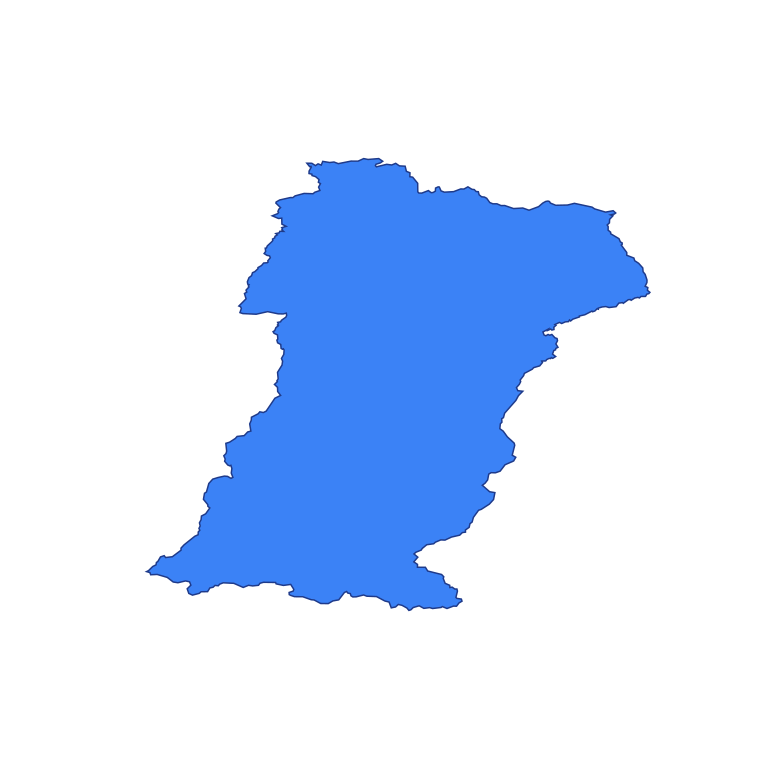 Chaparral, Tolima, Colombia, rotated 253°
{"feature_id": "7082276B10096367300511", "entity_name": "Chaparral", "entity_type": "district", "adm_level": 2, "iso_a3": "COL", "parent_name": "Colombia", "parent_adm1": "Tolima", "projection": "equal_earth", "projection_center": [-75.57, 3.753], "detail": "fine", "context": "isolated", "style": "filled", "palette": "blue", "viewbox_px": 768, "rotation_deg": 253, "n_neighbors": 0, "source": "geoboundaries", "source_scale": "gbopen_adm2", "svg_char_len": 6171}
<svg xmlns="http://www.w3.org/2000/svg" viewBox="0 0 768 768"><g transform="rotate(253 384 384)"><path d="M393.9,665.1L396.6,663.3L399.1,664.5L401.1,662.3L404.2,665.1L406.5,665.9L412.5,665.8L415.6,664.6L419.4,665.4L425.0,662.8L428.6,659.8L431.4,659.8L436.1,653.8L438.8,654.6L447.5,651.5L447.9,652.6L449.3,653.0L450.8,651.6L454.3,651.2L461.4,644.7L462.9,645.1L465.6,643.3L469.0,644.4L470.8,643.9L472.2,646.7L475.5,647.9L477.9,652.1L479.5,650.1L479.2,654.0L479.8,655.6L482.7,653.8L483.6,646.1L489.9,636.6L492.3,634.7L501.1,618.9L501.5,611.8L504.7,600.5L508.4,596.0L510.1,595.6L511.0,594.3L511.3,592.0L510.6,588.7L508.4,583.7L507.8,573.5L511.7,568.2L513.9,559.2L519.4,551.6L520.4,548.1L523.3,544.7L524.5,540.8L526.6,538.2L531.6,536.5L533.4,534.7L534.5,532.1L537.1,530.3L540.3,530.4L541.2,528.3L543.5,527.2L544.5,525.0L548.0,521.9L547.1,517.5L548.1,514.3L547.6,506.8L549.8,497.8L552.0,495.0L556.2,494.5L556.7,493.4L556.3,490.6L553.4,489.5L552.8,486.9L553.2,485.0L556.0,483.0L555.5,476.0L556.4,473.2L557.9,472.5L566.1,474.9L573.4,471.9L574.7,469.3L578.4,470.6L580.8,467.6L586.1,467.9L588.1,462.5L591.6,459.7L591.2,455.4L593.3,450.8L593.9,440.2L595.3,439.6L596.5,440.6L596.5,445.1L597.4,447.9L601.1,444.9L603.4,434.4L605.5,430.5L604.7,424.4L606.8,417.6L608.1,404.7L610.9,401.1L611.7,396.8L614.8,390.5L611.7,388.0L613.8,385.3L612.9,382.3L616.2,379.5L617.7,374.8L613.5,376.5L613.5,377.8L612.7,377.9L609.5,374.6L607.2,373.8L605.7,376.4L604.4,376.1L602.3,379.2L598.5,381.6L596.1,380.2L594.2,381.8L591.4,379.0L587.8,379.3L587.6,373.8L586.7,371.8L589.6,363.3L589.9,354.0L588.9,351.4L589.7,348.8L590.5,338.0L589.6,334.1L588.6,333.5L582.9,336.6L581.9,334.5L580.0,333.0L578.8,333.3L578.0,332.1L577.5,326.3L573.1,331.5L572.5,334.7L566.7,333.1L563.4,336.5L563.4,331.9L562.0,332.3L561.3,331.4L559.3,332.6L560.5,329.0L559.2,327.9L559.5,324.5L557.8,325.6L557.1,322.9L555.7,322.2L555.2,319.8L553.7,319.6L552.8,318.2L550.2,312.8L548.4,311.3L548.6,310.1L545.4,309.6L543.8,307.5L541.2,309.7L540.0,312.0L538.0,312.2L535.8,308.9L534.5,308.8L534.1,307.7L534.9,304.3L533.1,301.5L532.2,297.5L531.1,297.2L529.2,293.3L528.9,290.8L526.3,289.0L525.2,286.0L521.7,283.2L519.3,282.9L518.4,284.0L517.5,282.9L516.3,283.2L514.1,279.5L512.0,279.6L511.3,277.0L505.8,277.0L501.0,268.0L499.8,269.4L498.0,269.7L494.4,267.1L492.6,269.6L488.1,282.2L487.2,293.9L482.1,303.2L480.5,308.0L480.3,311.3L478.1,311.0L476.6,309.7L474.9,304.5L473.7,303.3L474.0,300.3L472.3,300.6L471.6,299.4L470.6,300.0L469.5,297.1L467.0,295.1L466.5,293.2L464.6,293.7L462.1,296.5L458.0,295.6L457.3,294.4L454.5,294.3L452.0,296.8L448.1,296.0L446.9,297.1L447.1,298.0L445.7,298.4L441.6,296.8L438.4,293.4L435.5,293.7L431.9,292.0L426.3,285.6L419.9,284.3L418.3,282.5L417.4,282.7L415.6,279.1L411.9,281.2L407.9,280.1L403.3,281.8L402.3,275.5L392.5,263.4L392.0,260.3L393.7,257.1L392.3,254.9L391.0,247.5L388.2,246.5L385.1,243.9L377.9,242.9L378.0,239.6L375.5,235.2L376.8,228.2L375.4,225.9L373.5,219.2L373.5,215.4L365.8,213.9L363.7,212.6L362.2,209.8L358.7,210.2L356.7,209.0L352.2,210.9L350.8,212.6L351.0,213.8L347.6,213.8L343.5,211.9L338.9,212.2L338.5,210.1L341.4,207.4L342.6,204.4L343.1,197.9L343.1,192.4L340.1,187.4L332.6,182.6L332.0,180.4L326.5,177.6L320.2,180.2L318.5,179.8L316.4,181.2L312.0,175.5L311.1,170.8L307.7,169.4L305.2,166.9L302.0,166.7L300.0,164.8L298.0,165.1L296.8,163.1L294.2,162.2L293.7,158.5L288.6,145.7L286.4,141.9L284.4,141.3L280.7,131.1L281.9,124.4L284.1,123.6L284.0,119.7L280.3,115.7L279.9,114.2L277.7,113.1L277.1,109.5L274.4,104.3L274.0,102.1L272.1,105.0L269.8,105.1L268.2,111.4L262.4,120.2L256.3,124.5L254.2,128.8L253.7,136.6L251.7,140.2L248.1,140.5L245.7,135.9L240.8,136.1L238.1,139.1L237.8,146.1L238.8,148.4L237.0,154.6L239.9,157.9L239.6,161.1L240.8,163.5L239.5,166.5L240.6,168.3L240.9,172.1L237.3,182.1L230.6,189.9L231.1,195.6L229.3,199.4L228.2,205.1L229.7,207.2L229.6,210.8L225.9,222.3L224.4,222.4L220.8,228.9L219.6,236.2L214.0,237.7L212.5,236.6L212.4,232.3L210.3,231.8L209.2,232.9L206.8,236.2L204.3,244.1L199.0,251.3L197.9,254.0L192.6,259.3L190.3,266.5L191.5,271.7L190.8,277.6L196.2,285.2L196.5,287.6L194.7,288.2L193.4,290.5L191.1,290.5L189.5,291.9L188.6,295.2L188.2,302.8L186.1,305.5L182.9,314.7L176.2,321.4L174.0,325.1L167.8,325.5L167.4,329.9L169.0,333.2L167.1,336.5L163.1,340.4L160.2,341.6L160.2,343.7L161.7,346.6L161.6,352.8L157.8,356.5L156.8,362.3L155.1,364.8L153.6,373.3L154.1,374.7L150.9,378.6L151.3,385.5L150.3,388.4L152.7,391.7L153.5,395.1L155.7,395.1L157.7,391.0L158.9,390.4L164.5,393.7L166.6,393.8L167.2,391.8L169.8,389.8L170.1,387.5L172.3,388.0L175.5,384.2L180.7,383.8L182.2,384.8L185.0,383.4L192.4,371.1L196.6,370.0L199.0,362.4L201.7,363.3L205.2,360.5L208.5,365.7L212.7,363.0L213.8,365.4L214.3,371.1L215.5,372.4L217.8,377.9L216.7,384.8L217.7,386.9L218.3,392.7L216.9,396.7L217.9,403.7L217.3,412.2L219.0,415.5L218.5,418.6L220.6,419.2L222.0,423.5L225.3,425.4L226.2,427.9L230.3,430.5L235.6,437.5L235.7,440.4L238.3,449.6L241.5,455.0L247.7,458.3L250.1,453.5L258.4,448.4L259.6,451.7L262.0,455.1L267.2,457.8L267.9,460.4L266.5,464.6L266.7,469.6L271.4,476.2L272.5,485.5L275.4,488.6L278.4,485.8L287.2,491.1L289.4,491.2L297.4,486.5L304.1,484.2L307.4,481.7L311.9,483.6L313.0,485.6L316.4,486.4L316.9,488.4L320.8,490.8L329.8,505.4L333.5,509.1L336.5,514.6L338.5,510.0L341.8,509.6L344.1,513.3L346.3,515.4L348.0,515.4L351.2,520.0L353.1,521.3L354.8,530.1L355.9,531.9L355.8,538.2L358.2,541.8L359.8,541.5L358.8,545.4L359.8,546.7L360.2,549.4L359.6,550.8L360.3,551.7L359.2,552.9L360.1,556.2L363.3,553.9L366.4,556.2L366.5,558.0L367.8,558.7L368.2,561.1L372.1,560.1L374.7,562.6L376.9,562.8L378.2,561.0L382.3,559.0L382.2,556.7L383.4,555.4L382.8,552.9L384.1,551.4L387.3,551.2L388.5,557.4L387.4,556.4L387.8,559.5L386.5,560.3L386.4,562.5L388.6,563.0L389.8,565.6L390.9,564.8L391.6,569.8L389.9,571.6L390.4,575.6L389.7,578.7L391.0,580.1L389.7,580.9L390.8,583.6L391.0,590.5L391.9,590.7L391.5,596.3L392.9,604.2L392.1,604.6L392.2,607.1L393.6,609.7L392.9,610.8L393.9,611.0L393.9,615.1L393.2,618.8L391.3,621.6L390.1,628.6L392.7,632.2L392.1,635.9L391.2,636.4L393.2,642.3L392.7,644.4L391.8,644.8L392.9,648.9L392.6,652.1L391.6,653.5L392.6,655.3L391.3,659.7L393.1,661.6L393.0,663.7L393.9,665.1Z" fill="#3b82f6" stroke="#1e3a8a" stroke-width="1.5"/></g></svg>